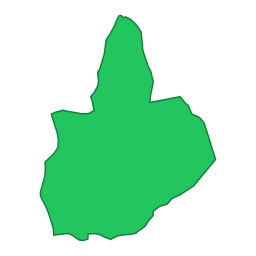 As Sudah, Amran, Yemen
{"feature_id": "15242507B6956753308423", "entity_name": "As Sudah", "entity_type": "district", "adm_level": 2, "iso_a3": "YEM", "parent_name": "Yemen", "parent_adm1": "Amran", "projection": "mercator", "projection_center": [43.761, 15.968], "detail": "fine", "context": "isolated", "style": "filled", "palette": "green", "viewbox_px": 256, "rotation_deg": 0, "n_neighbors": 0, "source": "geoboundaries", "source_scale": "gbopen_adm2", "svg_char_len": 2824}
<svg xmlns="http://www.w3.org/2000/svg" viewBox="0 0 256 256"><path d="M53.8,235.1L57.2,234.7L58.0,234.6L67.9,233.4L71.7,234.9L71.9,235.0L77.2,238.6L77.5,238.8L77.9,239.1L79.1,239.9L83.0,240.6L87.8,239.1L88.1,234.0L94.4,233.6L99.8,234.6L103.4,236.6L110.7,239.4L111.0,239.2L117.7,235.8L124.7,234.8L130.1,234.4L135.0,233.4L136.3,233.0L137.4,231.7L138.6,230.9L141.9,228.7L145.1,226.2L148.1,221.3L153.2,215.5L153.1,211.4L159.7,206.3L167.2,204.1L172.1,198.4L174.0,197.6L179.7,195.0L180.4,194.6L187.9,189.7L193.6,185.9L215.6,159.4L213.0,151.2L204.2,123.2L201.1,119.4L199.0,117.2L191.7,114.0L188.4,105.6L185.3,103.2L181.9,98.9L180.1,96.6L179.9,96.7L149.9,102.5L150.5,95.7L153.3,81.7L153.2,81.5L152.0,76.5L150.8,71.4L148.3,66.8L145.4,58.4L143.2,51.5L142.9,49.9L142.7,49.5L142.6,49.0L142.5,47.9L142.5,47.5L142.5,47.0L142.5,46.5L142.5,46.1L142.5,45.2L141.0,32.0L140.7,31.6L140.4,31.0L140.1,30.5L139.5,29.4L139.0,28.8L138.6,28.1L138.2,27.5L137.8,26.9L137.2,26.1L137.0,25.8L136.8,25.5L136.5,25.2L136.2,24.8L135.7,24.3L135.4,23.9L134.9,23.5L134.5,23.1L134.1,22.7L133.8,22.4L133.6,22.1L133.3,21.8L132.9,21.6L132.5,21.0L132.2,20.8L131.8,20.5L131.5,20.2L130.9,19.8L130.3,19.3L130.0,19.2L129.6,18.9L129.2,18.7L128.9,18.5L128.4,18.4L128.0,18.1L127.6,18.0L127.3,17.8L126.7,17.5L126.4,17.3L126.0,17.1L125.6,17.1L125.0,17.1L124.3,17.2L123.9,17.4L123.5,17.4L123.1,17.4L122.7,17.2L122.1,16.6L121.7,16.1L121.4,15.8L121.1,15.6L120.7,15.4L120.3,15.4L120.0,15.4L119.4,15.6L119.0,16.0L118.7,16.3L118.5,16.7L118.1,17.2L117.9,17.6L117.6,18.2L117.4,18.8L117.2,19.3L117.0,19.7L116.7,20.2L116.6,20.5L116.3,21.0L116.1,21.7L115.8,22.3L115.7,22.7L115.6,23.1L115.4,23.4L115.3,24.0L115.2,24.5L114.9,24.8L114.7,25.3L114.5,25.8L114.2,26.3L114.0,26.6L113.7,27.0L113.6,27.4L113.4,27.7L113.1,28.3L112.9,28.9L112.7,29.3L112.4,29.7L112.2,30.1L111.9,30.4L111.7,30.8L111.6,31.1L111.1,31.9L110.8,32.5L110.4,33.4L109.9,34.3L109.5,34.9L109.3,35.2L109.0,35.8L108.5,36.4L108.2,36.7L108.0,37.1L107.7,37.6L107.3,38.2L107.0,38.7L106.6,39.3L106.4,39.7L106.1,40.2L104.2,54.5L99.4,70.3L98.1,71.0L97.8,74.0L98.5,81.2L97.9,85.9L94.1,92.6L90.7,96.7L91.0,97.2L91.0,97.6L91.2,98.0L91.4,98.7L91.5,99.1L91.7,99.5L91.9,100.0L92.0,100.5L92.2,100.9L92.3,101.3L92.5,101.7L94.0,110.6L88.6,113.6L81.1,113.7L64.5,110.7L63.6,110.1L63.3,110.2L61.4,110.7L56.1,112.0L51.3,114.1L57.2,132.8L58.5,140.4L57.8,147.8L53.6,154.0L45.1,161.9L45.2,163.6L45.2,165.5L45.3,167.2L45.3,169.1L45.3,170.7L45.2,172.2L45.0,174.1L44.8,175.9L44.4,177.7L44.0,179.4L43.6,180.9L43.1,182.5L42.5,184.3L42.3,186.0L41.7,187.6L41.2,189.3L40.7,191.2L40.4,193.1L40.4,194.6L40.7,196.3L41.6,198.2L42.2,199.6L43.0,201.3L44.0,203.1L44.8,204.6L45.5,206.0L46.3,207.6L47.0,209.2L47.6,211.0L48.3,212.6L49.0,214.7L49.6,216.3L50.1,217.7L50.5,219.2L53.3,228.4L53.7,233.9L53.8,235.1Z" fill="#22c55e" stroke="#15803d" stroke-width="1.5"/></svg>